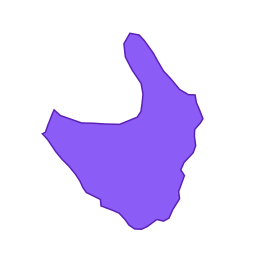 the district of Uddevalla, Västra Götaland, Sweden, rotated 114°
{"feature_id": "70781695B49447773116889", "entity_name": "Uddevalla", "entity_type": "district", "adm_level": 2, "iso_a3": "SWE", "parent_name": "Sweden", "parent_adm1": "Västra Götaland", "projection": "orthographic", "projection_center": [11.898, 58.309], "detail": "fine", "context": "isolated", "style": "filled", "palette": "violet", "viewbox_px": 256, "rotation_deg": 114, "n_neighbors": 0, "source": "geoboundaries", "source_scale": "gbopen_adm2", "svg_char_len": 927}
<svg xmlns="http://www.w3.org/2000/svg" viewBox="0 0 256 256"><g transform="rotate(114 128 128)"><path d="M168.1,203.9L171.3,196.6L178.9,184.6L183.3,175.8L187.0,166.3L191.4,157.5L195.8,150.6L200.8,144.9L203.9,139.8L204.5,124.1L210.1,121.0L210.2,120.9L209.5,110.3L209.4,101.5L213.2,92.7L216.3,87.7L217.5,80.8L215.0,74.5L209.9,70.1L204.3,67.0L199.9,64.5L198.6,57.7L196.3,55.9L193.6,53.9L184.2,53.9L171.7,52.1L165.4,55.9L148.5,57.1L147.0,59.4L144.8,62.8L136.7,62.8L124.1,58.4L116.6,59.0L108.5,64.0L102.2,66.5L94.1,64.0L89.1,63.3L82.2,70.2L77.1,75.8L70.5,80.2L73.0,86.4L71.8,96.6L66.1,108.0L61.5,118.8L54.6,128.4L49.4,135.2L41.4,148.9L38.5,155.7L40.7,164.8L52.7,166.0L64.2,159.3L73.3,147.9L81.9,134.2L91.1,128.0L99.6,125.2L107.6,122.9L114.4,124.0L128.1,137.2L133.8,150.9L137.8,161.7L142.3,172.5L144.1,194.8L141.5,202.9L145.5,202.9L158.7,202.3L165.6,201.7L168.1,203.9Z" fill="#8b5cf6" stroke="#5b21b6" stroke-width="1.5"/></g></svg>